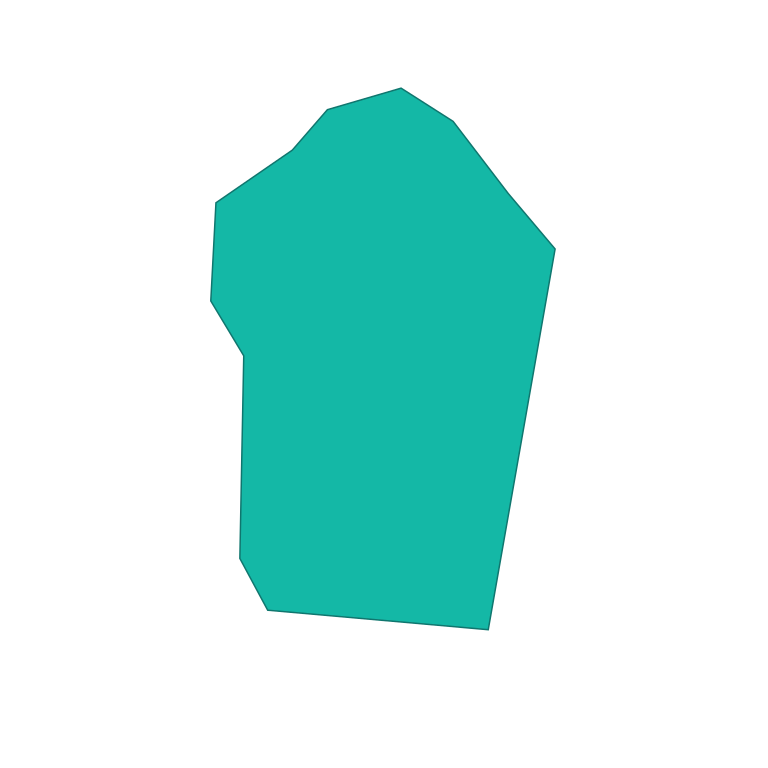 SVG path tracing the border of Gaborone, rotated 149°
{"feature_id": "BWA-5501", "entity_name": "Gaborone", "entity_type": "City", "adm_level": 1, "iso_a3": "BWA", "parent_name": "Botswana", "parent_adm1": "", "projection": "robinson", "projection_center": [25.92, -24.612], "detail": "fine", "context": "isolated", "style": "filled", "palette": "teal", "viewbox_px": 768, "rotation_deg": 149, "n_neighbors": 0, "source": "natural_earth", "source_scale": "10m", "svg_char_len": 327}
<svg xmlns="http://www.w3.org/2000/svg" viewBox="0 0 768 768"><g transform="rotate(149 384 384)"><path d="M167.8,411.6L421.2,119.7L600.2,250.0L597.4,308.7L489.7,480.4L489.7,544.4L434.7,625.9L342.1,631.7L291.2,648.3L217.0,628.8L189.5,573.5L179.4,483.3L167.8,411.6Z" fill="#14b8a6" stroke="#0f766e" stroke-width="1.5"/></g></svg>